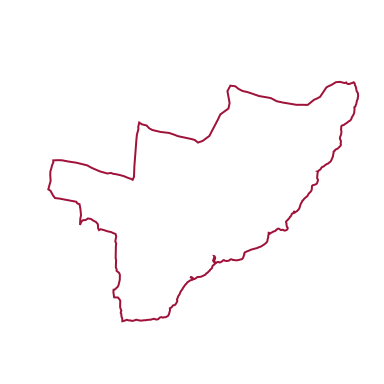 the district of South West Tanna, Tafea, Vanuatu, rotated 282°
{"feature_id": "77236927B40431360126678", "entity_name": "South West Tanna", "entity_type": "district", "adm_level": 2, "iso_a3": "VUT", "parent_name": "Vanuatu", "parent_adm1": "Tafea", "projection": "mercator", "projection_center": [169.354, -19.575], "detail": "fine", "context": "isolated", "style": "outline", "palette": "rose", "viewbox_px": 384, "rotation_deg": 282, "n_neighbors": 0, "source": "geoboundaries", "source_scale": "gbopen_adm2", "svg_char_len": 5991}
<svg xmlns="http://www.w3.org/2000/svg" viewBox="0 0 384 384"><g transform="rotate(282 192 192)"><path d="M136.5,89.3L139.9,89.9L141.7,91.2L142.5,93.8L144.5,95.7L144.6,98.8L143.5,101.4L142.7,104.3L140.9,106.6L136.8,107.8L135.4,109.0L136.6,110.3L136.4,114.3L136.0,116.9L136.0,121.1L135.4,123.5L135.1,125.9L132.9,127.1L131.5,127.1L127.5,127.3L126.1,128.5L122.7,128.9L111.3,131.1L109.7,131.9L102.7,133.1L100.7,134.3L99.1,134.7L97.9,137.3L96.9,138.1L95.9,138.7L93.7,139.1L91.3,139.6L85.7,139.5L83.9,139.1L80.5,136.7L80.1,135.6L77.8,135.9L72.8,137.7L73.4,141.6L72.1,143.2L70.6,144.5L64.9,145.5L62.9,146.4L61.4,147.5L58.8,147.4L57.8,148.3L55.5,148.9L54.2,149.8L52.6,150.4L51.1,150.7L51.5,151.7L52.3,153.1L53.4,154.7L53.3,157.4L53.6,158.2L53.6,158.6L53.4,159.5L53.4,159.8L54.1,161.9L54.7,162.7L55.0,163.3L55.3,163.6L55.5,164.0L55.4,165.6L55.5,166.3L55.4,167.1L55.6,168.9L56.3,171.0L56.7,172.0L56.8,173.1L57.5,174.4L57.7,175.4L58.1,176.4L58.5,178.2L59.2,179.3L59.8,180.6L60.0,180.9L60.1,181.7L59.8,182.9L59.9,183.8L60.1,184.5L60.6,185.4L62.3,186.5L62.6,186.8L62.9,187.4L63.0,187.6L63.3,188.2L63.1,189.0L63.1,189.4L64.1,192.3L65.0,193.4L65.3,193.8L66.0,194.4L67.9,194.9L68.7,194.9L71.6,195.1L72.4,194.9L73.7,194.5L74.1,194.9L74.4,195.5L74.8,195.9L76.2,196.6L77.0,196.9L77.2,197.2L78.0,198.8L79.5,199.6L82.2,200.3L82.7,200.2L83.4,199.7L84.2,199.7L85.3,200.0L86.2,200.0L87.2,200.2L89.4,201.1L92.2,201.6L92.5,201.8L93.3,202.0L94.4,202.6L97.2,203.5L97.9,203.9L99.7,204.6L101.2,205.6L102.5,206.1L104.6,208.1L105.2,208.7L106.3,210.8L106.7,210.9L106.9,210.8L107.3,210.4L108.3,208.5L108.5,207.8L108.6,209.2L108.2,210.4L107.3,211.5L107.3,212.0L107.4,212.5L108.4,213.7L109.7,214.7L110.0,215.1L110.7,217.8L111.4,219.0L113.8,222.1L114.3,222.5L115.4,222.9L115.9,223.7L116.3,223.9L116.7,224.3L117.8,224.8L118.8,225.7L119.9,226.0L121.1,227.0L121.6,227.3L122.2,227.4L123.2,227.4L123.9,227.5L124.7,228.0L126.5,229.4L127.1,229.4L127.6,229.0L128.4,227.7L129.2,226.9L131.3,227.2L133.3,227.3L133.5,227.2L133.9,226.9L133.9,227.3L133.7,227.5L133.0,228.0L132.7,228.3L131.4,228.4L129.3,227.9L128.5,228.6L128.0,229.5L127.6,229.9L127.5,230.1L127.6,230.4L128.2,230.7L128.6,231.2L129.1,232.0L129.1,232.6L128.9,232.8L128.8,233.7L129.3,234.6L130.5,235.9L131.4,236.5L132.0,237.1L132.0,237.5L131.6,238.6L131.7,240.2L132.1,241.4L132.7,242.6L133.1,243.0L133.9,243.4L134.3,244.2L134.4,244.9L134.2,245.4L134.0,246.2L134.2,247.1L134.3,249.3L134.9,251.2L136.7,254.7L137.1,255.1L137.9,255.5L139.7,255.9L140.8,255.9L141.9,256.2L142.2,255.9L142.7,255.9L143.8,256.2L144.4,256.8L144.7,257.4L145.3,258.0L146.5,259.9L147.8,261.6L148.1,262.3L148.9,263.7L150.9,267.7L151.6,268.4L153.0,270.8L156.2,274.0L158.0,275.3L158.3,275.4L158.8,275.7L159.3,275.9L162.1,275.8L162.7,275.9L163.5,276.0L164.4,275.7L165.8,275.7L166.2,275.8L167.1,275.9L167.8,275.4L168.3,274.8L168.1,275.8L167.3,276.4L167.2,276.7L168.1,277.3L168.9,278.4L170.0,279.5L171.1,281.3L171.4,281.7L172.0,282.1L172.5,282.2L172.7,282.3L173.2,283.1L174.0,283.7L174.1,284.1L174.1,284.9L173.3,286.7L173.3,287.2L173.9,288.4L173.9,289.2L173.6,289.6L173.5,290.4L173.8,291.5L174.9,292.8L175.7,293.1L176.4,293.2L177.1,292.9L177.4,292.3L178.5,291.7L179.7,291.2L180.6,291.1L181.8,290.3L182.4,290.2L183.0,290.4L183.4,290.5L184.1,291.2L185.6,291.9L186.5,292.6L188.0,293.0L188.7,293.5L189.4,293.9L191.3,294.2L191.5,294.3L192.0,294.7L192.3,295.1L192.5,295.8L193.6,295.9L194.8,295.7L194.1,296.0L193.4,296.1L193.2,296.3L193.2,296.8L193.9,297.3L194.2,297.7L194.6,298.1L195.3,298.8L197.5,300.1L198.5,300.4L202.7,300.8L205.3,301.6L205.7,301.8L206.5,301.8L207.4,302.6L208.7,303.1L212.2,305.8L214.4,306.4L215.3,306.9L216.6,307.8L218.1,308.5L219.7,308.6L222.1,308.2L223.0,308.2L223.7,308.7L224.6,310.5L225.1,311.2L225.4,311.7L226.1,312.3L226.8,312.5L228.6,312.7L229.9,312.7L230.4,312.6L230.8,312.1L231.4,311.6L232.3,311.4L236.2,310.9L237.8,311.0L238.2,310.8L238.3,310.5L238.7,311.2L239.6,311.7L240.3,312.5L241.4,313.2L242.6,313.5L243.2,313.8L243.9,314.7L244.2,315.3L244.9,315.9L245.7,316.4L246.2,316.9L247.2,317.8L248.3,319.4L249.1,319.9L250.2,320.9L251.1,321.4L252.7,321.8L256.3,322.5L257.6,322.3L259.7,322.4L260.5,322.1L261.0,322.2L261.3,322.3L262.0,323.1L262.7,323.2L263.1,323.4L265.1,325.8L266.5,326.6L267.2,327.2L268.4,327.7L269.1,327.8L269.5,327.7L270.0,327.4L272.7,327.1L273.5,326.7L274.6,325.7L275.3,325.5L276.4,325.4L278.8,325.8L280.5,325.8L282.1,325.6L283.1,325.2L283.8,325.0L284.3,324.7L285.7,324.7L286.7,324.4L287.3,324.4L288.0,324.7L288.6,325.5L289.0,326.4L289.2,326.6L290.8,328.0L291.4,328.7L292.1,329.3L294.2,331.1L294.9,332.0L296.7,332.7L298.4,332.8L299.2,333.2L301.0,333.8L303.1,334.2L306.7,333.8L307.5,333.5L308.7,333.2L309.0,333.3L309.4,333.9L310.2,334.1L311.0,334.1L312.4,334.4L315.6,334.3L317.8,334.8L318.1,334.8L318.6,334.5L320.4,334.6L323.4,333.6L323.9,333.0L324.9,332.1L326.0,331.6L326.6,331.4L328.4,330.6L329.3,330.1L330.5,329.1L331.9,328.6L332.6,328.0L332.8,327.6L332.9,327.1L332.1,326.4L331.1,324.4L330.7,324.1L330.2,323.0L330.1,321.8L330.6,320.6L331.2,320.1L330.3,318.6L330.5,313.8L329.3,309.9L325.7,306.1L323.6,303.2L322.2,301.7L311.7,297.5L309.4,294.8L307.7,292.3L301.3,287.1L299.0,275.9L298.4,262.7L298.4,256.0L300.2,249.8L300.2,247.3L299.8,237.6L301.1,227.2L301.3,224.9L301.3,220.5L302.5,216.1L304.4,212.4L304.0,207.4L298.0,205.7L286.8,210.3L281.2,210.3L273.8,203.6L267.9,202.2L250.4,197.3L244.1,191.7L241.6,187.5L243.4,184.0L243.7,181.1L243.7,166.5L244.3,163.2L245.0,157.3L244.2,148.7L244.4,140.3L245.4,136.9L247.6,133.8L247.8,128.8L249.0,125.9L244.3,125.9L242.6,126.5L236.6,126.2L232.7,126.6L205.1,130.3L194.8,132.1L191.6,131.4L192.2,129.7L192.3,127.9L192.6,125.9L193.4,121.8L193.6,116.7L193.6,113.5L193.4,111.0L193.8,108.8L192.5,105.4L193.0,97.6L194.7,89.2L196.3,83.7L196.6,72.7L196.1,64.5L196.0,58.3L195.3,54.4L194.1,49.7L192.1,50.2L188.8,49.5L186.0,49.5L182.6,49.2L179.2,49.8L173.6,51.4L164.7,50.9L163.8,53.3L159.5,57.0L157.6,59.3L158.0,63.5L158.4,80.9L157.0,82.1L156.7,84.5L151.6,86.6L146.0,88.3L142.8,88.3L136.5,89.3Z" fill="none" stroke="#9f1239" stroke-width="2"/></g></svg>